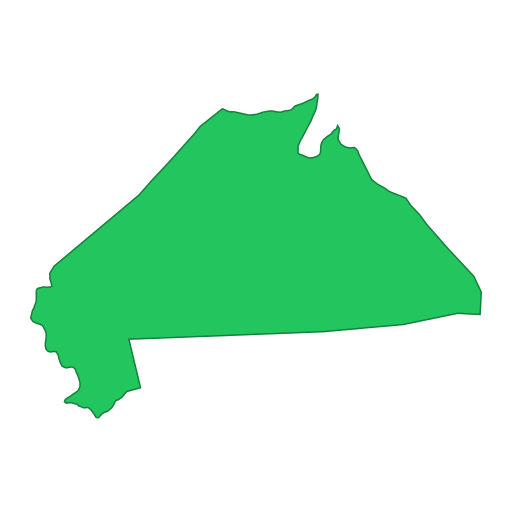 Santa María Lachixío, Oaxaca, Mexico (Natural Earth projection)
{"feature_id": "50627088B6141601826663", "entity_name": "Santa María Lachixío", "entity_type": "district", "adm_level": 2, "iso_a3": "MEX", "parent_name": "Mexico", "parent_adm1": "Oaxaca", "projection": "natural_earth1", "projection_center": [-97.056, 16.737], "detail": "fine", "context": "isolated", "style": "filled", "palette": "green", "viewbox_px": 512, "rotation_deg": 0, "n_neighbors": 0, "source": "geoboundaries", "source_scale": "gbopen_adm2", "svg_char_len": 2520}
<svg xmlns="http://www.w3.org/2000/svg" viewBox="0 0 512 512"><path d="M341.0,144.3L338.3,139.9L338.1,137.7L338.9,132.8L339.4,129.0L339.0,127.8L337.6,125.6L336.4,129.1L334.2,130.1L332.2,132.4L331.2,134.0L328.4,135.7L326.5,137.1L324.1,139.1L322.6,140.9L321.0,144.7L320.8,146.9L320.6,150.2L320.5,152.3L319.6,154.5L317.2,156.2L312.9,157.7L309.1,158.0L305.5,156.6L301.7,154.8L299.3,154.3L297.9,152.6L298.2,149.2L298.0,146.2L300.3,140.8L303.1,135.8L305.0,132.2L307.0,128.2L309.2,124.2L311.2,120.5L312.5,117.0L314.1,113.6L315.4,110.8L316.3,107.5L316.8,105.1L317.0,102.6L317.5,99.8L317.8,98.1L318.0,94.2L316.5,94.4L315.1,97.0L312.7,98.9L308.6,100.5L305.2,102.2L301.8,103.7L298.6,104.7L294.8,106.1L291.8,109.3L290.0,110.3L284.6,111.0L280.8,112.2L276.7,111.9L272.6,111.0L269.4,111.0L263.0,112.2L256.7,114.3L251.9,114.9L248.9,115.1L238.3,112.7L234.0,111.8L229.9,111.8L227.3,111.0L222.5,108.7L200.3,126.3L193.2,135.1L192.9,135.4L168.3,162.9L151.4,180.9L139.1,194.9L54.2,266.1L50.2,272.5L49.7,273.8L50.0,276.6L49.8,278.9L51.2,282.8L51.4,284.4L51.9,286.0L51.5,286.5L50.5,287.0L48.5,287.0L46.0,287.3L44.1,286.9L41.1,287.5L38.1,288.3L37.2,288.9L36.3,290.7L36.3,293.8L36.3,297.7L36.2,301.4L35.3,303.9L33.8,308.1L32.6,310.4L32.5,310.9L32.1,311.8L31.9,312.9L30.7,318.2L33.0,321.6L37.0,323.5L39.6,324.1L41.1,324.9L42.0,325.2L43.4,327.0L45.3,330.8L46.3,334.2L46.1,335.8L46.1,338.4L45.6,341.1L45.3,344.0L45.3,346.1L46.0,349.2L48.3,351.5L51.2,352.0L52.7,351.5L53.4,351.5L55.4,351.7L56.4,351.9L57.3,353.6L58.4,355.9L58.8,358.3L60.3,362.5L60.9,363.9L62.0,366.0L64.5,367.4L66.6,367.9L68.6,367.4L71.1,367.0L72.6,367.0L75.0,368.7L75.7,370.4L76.4,372.6L77.6,374.9L78.7,378.0L80.0,382.6L80.0,386.6L78.4,390.2L75.8,392.4L73.2,394.0L70.3,396.2L67.7,397.8L65.3,399.4L64.5,401.7L66.3,403.2L68.4,402.9L71.2,402.6L73.7,403.5L77.5,404.3L78.5,405.9L81.3,406.8L84.1,407.9L87.1,407.5L88.5,407.8L90.9,409.8L93.0,412.7L94.8,415.1L95.3,416.2L96.0,417.3L97.6,417.8L98.7,417.5L99.9,416.2L101.6,414.2L103.7,412.7L106.2,411.7L107.9,411.0L111.6,407.9L113.1,405.7L114.9,402.3L115.9,400.4L118.1,399.9L121.3,397.7L123.1,395.9L125.1,393.3L126.8,391.5L140.5,387.7L128.9,339.2L155.0,338.2L294.4,332.8L324.5,331.6L326.1,331.4L371.6,327.3L402.8,324.6L457.6,313.3L480.1,314.5L481.3,292.2L473.9,276.4L465.0,266.8L448.3,249.0L426.8,224.5L419.5,214.6L410.7,205.3L405.8,198.1L389.0,191.4L384.8,188.2L377.7,184.3L371.7,179.7L361.8,159.9L359.4,155.4L357.8,151.0L355.9,148.6L354.1,147.5L349.3,148.0L344.8,146.7L341.0,144.3Z" fill="#22c55e" stroke="#15803d" stroke-width="1.5"/></svg>